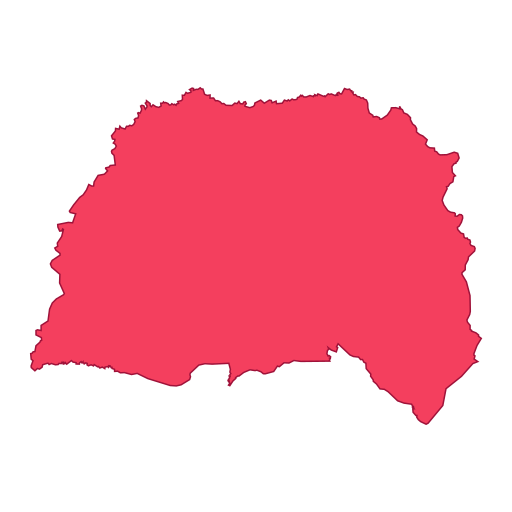 outline of Mueang Amnat Charoen, Amnat Charoen, Thailand
{"feature_id": "78962969B23558627244082", "entity_name": "Mueang Amnat Charoen", "entity_type": "district", "adm_level": 2, "iso_a3": "THA", "parent_name": "Thailand", "parent_adm1": "Amnat Charoen", "projection": "albers", "projection_center": [104.623, 15.875], "detail": "fine", "context": "isolated", "style": "filled", "palette": "rose", "viewbox_px": 512, "rotation_deg": 0, "n_neighbors": 0, "source": "geoboundaries", "source_scale": "gbopen_adm2", "svg_char_len": 5964}
<svg xmlns="http://www.w3.org/2000/svg" viewBox="0 0 512 512"><path d="M229.8,385.7L233.0,380.9L235.8,378.4L235.6,377.6L238.0,375.9L238.9,376.1L243.8,372.4L250.0,369.8L255.1,370.6L256.9,370.2L261.0,371.8L263.3,373.7L265.2,373.8L273.7,371.5L277.4,366.1L279.3,366.7L284.0,362.8L289.0,363.0L293.9,360.5L300.9,361.4L329.8,361.1L329.4,360.2L330.2,358.7L329.6,358.2L330.4,357.9L330.6,356.7L329.0,355.5L328.1,356.0L326.9,353.7L327.5,350.3L328.8,349.3L328.2,347.6L331.2,350.0L336.3,351.9L337.7,347.5L336.5,346.8L338.1,343.8L349.9,354.9L353.4,356.5L358.6,357.1L360.6,359.6L362.5,359.5L363.9,362.2L365.9,363.2L366.2,368.6L370.8,374.1L370.6,376.2L373.2,379.8L373.3,381.3L376.5,384.0L380.0,388.9L384.3,389.3L388.1,391.7L397.6,400.8L404.0,403.1L411.6,404.2L412.6,406.2L413.4,406.4L413.6,407.3L412.7,407.4L414.0,408.8L412.8,408.9L413.1,412.3L415.9,415.5L416.9,415.5L416.8,417.3L418.3,419.6L420.6,421.6L426.1,424.2L428.1,423.2L442.8,405.5L446.0,388.7L461.5,376.3L472.8,363.6L477.8,361.6L474.1,359.0L475.0,355.9L474.0,355.2L473.9,353.7L477.0,345.5L481.3,338.4L478.5,336.3L478.6,335.0L475.9,332.8L471.5,331.1L471.6,330.4L470.1,329.4L470.1,325.4L467.5,322.2L466.9,320.0L469.7,314.5L470.3,311.4L470.0,295.6L466.4,281.9L461.9,274.2L462.1,272.6L465.2,269.8L465.3,265.0L468.1,259.7L468.5,256.9L474.6,251.0L475.1,248.4L474.3,246.6L471.0,245.4L469.9,243.5L470.5,242.1L469.9,240.0L467.8,239.3L467.2,238.0L465.7,238.3L464.2,237.5L463.5,233.9L460.9,233.1L457.7,229.5L457.4,227.3L459.2,226.1L461.4,222.3L462.7,218.1L462.5,215.9L461.3,214.7L459.4,214.5L457.1,216.3L455.1,216.0L455.3,213.7L454.4,212.8L450.6,212.2L447.8,210.6L443.9,205.0L442.2,200.5L443.0,197.2L447.1,188.8L446.5,186.7L448.2,186.3L449.9,183.6L452.9,181.8L453.8,176.5L455.4,175.8L452.4,172.5L451.9,166.6L454.1,163.7L456.0,163.2L456.0,162.2L457.3,161.4L459.1,158.0L457.7,153.3L454.2,152.2L446.9,154.7L440.2,154.9L438.5,154.1L436.7,151.8L434.7,151.1L434.4,148.1L429.8,147.8L427.7,146.6L425.5,144.1L427.2,139.8L422.9,136.0L419.6,134.5L416.5,132.0L416.6,128.6L415.2,126.0L412.6,124.0L410.4,119.7L410.5,117.7L407.4,114.4L403.8,112.9L402.4,109.7L401.0,108.9L399.6,106.3L399.7,108.8L395.8,107.7L391.4,107.8L390.8,110.1L387.3,115.1L381.7,119.0L379.7,119.1L379.4,117.7L376.6,116.5L373.2,116.9L372.8,115.3L369.3,113.0L367.9,108.2L367.7,103.1L366.4,100.0L364.1,99.1L363.2,97.8L360.8,98.1L359.5,96.8L357.3,96.5L355.5,94.6L353.9,94.9L352.8,93.1L353.2,92.1L351.6,91.8L351.7,90.7L350.6,90.6L349.6,89.1L347.1,89.5L344.5,88.5L341.6,93.9L340.0,93.8L338.9,92.3L337.4,93.0L337.8,95.3L336.8,95.3L336.4,94.4L335.3,95.6L331.2,93.9L329.7,94.5L328.2,93.8L325.1,96.7L324.6,95.9L323.5,96.3L317.9,93.9L317.1,95.6L314.8,94.7L315.1,95.8L313.5,95.8L313.3,96.6L310.0,95.5L306.2,97.0L303.7,96.9L302.4,95.4L301.4,96.1L300.8,95.2L299.0,97.2L297.5,97.5L297.2,98.9L296.0,99.6L293.7,99.8L292.1,99.0L289.7,100.9L288.3,99.8L287.1,101.0L284.4,100.1L282.3,103.2L276.5,103.7L276.1,101.1L272.1,102.8L271.3,100.5L269.4,100.1L264.3,103.2L260.7,100.1L254.9,103.0L254.4,105.4L253.2,106.5L249.8,107.7L245.0,106.3L244.9,105.2L246.3,103.7L245.4,101.7L243.7,102.2L242.8,103.9L240.3,103.7L238.9,101.3L237.1,103.6L234.8,103.1L232.1,105.5L226.0,105.3L223.8,103.5L221.9,103.7L220.1,101.8L217.7,100.7L215.4,100.7L213.6,98.0L210.0,98.1L210.1,95.0L207.1,95.4L204.6,94.3L202.9,89.0L201.5,89.0L200.2,87.8L198.0,89.4L196.2,89.3L193.4,90.4L193.6,88.5L192.1,88.1L189.5,89.6L191.0,90.9L190.9,92.3L187.5,93.3L186.0,92.4L184.4,95.3L182.3,95.2L182.5,99.4L181.4,100.6L177.7,101.5L178.6,103.4L176.7,103.9L176.0,105.3L174.7,104.2L173.7,104.8L171.8,103.7L170.8,104.9L169.3,105.0L168.0,103.5L165.6,102.5L164.4,102.8L163.5,101.9L162.6,103.2L160.7,103.2L161.1,106.0L158.8,107.4L155.9,106.7L153.0,104.8L151.3,106.7L150.2,105.5L150.1,103.5L146.5,100.7L146.4,102.3L145.3,103.1L147.1,106.0L146.8,107.2L145.3,109.2L143.9,105.9L141.9,105.3L140.6,106.1L141.6,108.9L141.4,110.5L140.0,113.2L138.4,112.6L137.7,113.1L138.6,115.6L138.0,117.9L135.6,118.4L134.3,119.5L135.1,121.6L133.7,124.4L131.8,125.8L129.7,125.3L128.4,126.3L126.5,126.3L125.1,129.0L121.2,127.8L119.9,126.2L119.1,129.2L115.6,128.4L115.4,131.0L111.5,135.8L112.5,139.0L114.9,139.4L114.7,141.1L113.3,143.0L115.1,144.1L116.3,146.1L114.9,148.6L112.0,150.2L111.5,151.3L111.9,153.2L114.1,155.4L115.3,165.0L110.2,165.5L109.0,167.1L105.8,167.8L105.6,168.6L107.6,170.9L104.4,174.2L98.1,175.4L94.1,182.0L93.6,186.0L91.8,186.1L88.8,184.5L86.5,190.0L83.2,194.8L79.7,197.4L73.7,204.8L69.4,211.1L70.2,212.5L75.7,213.8L72.6,222.8L68.3,222.4L57.7,224.5L57.9,227.1L59.7,231.1L61.9,230.9L62.6,229.0L63.4,229.5L61.7,236.5L57.3,243.1L57.7,246.3L54.8,248.0L55.9,250.2L60.0,253.4L60.1,255.1L52.2,260.4L50.4,263.9L51.7,267.3L59.9,274.3L59.6,283.0L64.3,293.5L63.6,294.7L56.4,298.9L52.3,303.0L49.6,309.1L48.0,321.0L41.1,325.4L41.1,330.5L37.5,329.8L36.0,330.5L36.0,334.9L41.4,337.6L41.6,340.4L40.5,340.7L39.9,342.2L36.0,345.7L34.9,351.6L33.1,351.8L32.2,353.2L30.7,353.6L31.2,359.2L33.0,360.7L31.1,366.0L31.3,367.6L34.9,370.8L37.4,368.5L39.5,369.1L42.1,367.2L42.7,364.7L47.4,363.3L48.3,363.4L49.1,364.5L51.4,363.5L55.5,364.8L58.2,364.5L58.8,363.5L61.9,363.5L61.9,362.5L63.0,363.0L63.2,362.2L64.1,363.1L63.8,363.9L65.1,363.5L65.3,362.6L66.7,364.2L71.4,360.6L73.0,362.1L76.1,362.6L76.1,364.0L79.4,364.1L79.6,362.8L81.1,361.6L81.9,362.8L82.9,361.9L82.8,362.9L83.8,363.0L84.2,363.9L85.7,362.9L87.3,363.4L87.0,364.8L88.4,365.8L91.1,364.8L93.5,365.9L94.2,364.6L97.6,366.8L98.4,366.5L99.8,368.0L102.3,367.1L104.8,368.6L105.0,367.1L108.0,366.5L108.4,367.4L109.3,366.5L109.0,365.7L110.1,365.8L111.2,367.6L112.0,367.4L112.1,368.5L114.5,369.3L114.6,371.4L117.6,371.2L120.4,372.8L124.4,372.6L131.5,374.5L137.2,373.4L147.9,378.6L170.2,385.5L176.3,385.9L181.1,384.8L189.6,379.6L190.5,376.7L189.9,374.8L190.2,373.2L198.8,365.1L204.9,363.7L212.1,364.1L228.8,363.3L230.4,369.3L229.9,372.1L230.8,373.6L229.9,374.7L230.1,376.3L229.2,376.1L229.6,378.0L228.6,379.3L228.9,380.3L228.3,379.9L228.0,380.7L229.8,383.2L228.5,385.1L229.8,385.7Z" fill="#f43f5e" stroke="#9f1239" stroke-width="1.5"/></svg>